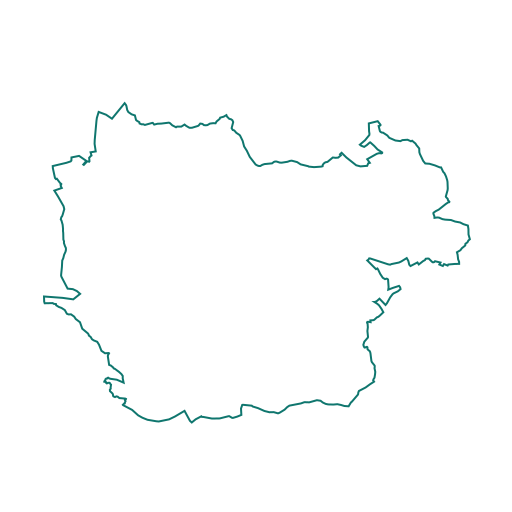 the district of Hoparta, Alba, Romania, rotated 176°
{"feature_id": "2599482B78204466133133", "entity_name": "Hoparta", "entity_type": "district", "adm_level": 2, "iso_a3": "ROU", "parent_name": "Romania", "parent_adm1": "Alba", "projection": "natural_earth1", "projection_center": [23.904, 46.328], "detail": "fine", "context": "isolated", "style": "outline", "palette": "teal", "viewbox_px": 512, "rotation_deg": 176, "n_neighbors": 0, "source": "geoboundaries", "source_scale": "gbopen_adm2", "svg_char_len": 6066}
<svg xmlns="http://www.w3.org/2000/svg" viewBox="0 0 512 512"><g transform="rotate(176 256 256)"><path d="M446.8,294.4L446.7,292.5L447.0,285.8L446.5,284.1L446.7,282.3L445.9,279.3L445.1,277.2L445.2,275.1L445.5,274.5L445.6,273.8L447.3,270.7L448.4,267.3L449.6,265.0L450.4,258.5L451.8,250.3L451.6,249.0L446.2,236.6L441.0,235.7L437.1,233.5L434.1,230.5L441.3,225.5L451.7,227.7L470.3,230.4L470.5,225.2L470.1,223.6L462.1,223.2L461.1,222.4L458.9,222.0L458.8,220.8L456.2,218.9L453.7,217.8L450.5,215.4L448.7,211.6L447.1,210.8L444.6,210.7L441.6,208.2L440.2,205.7L436.2,202.2L434.4,195.6L429.0,190.4L428.4,189.2L428.3,188.3L426.6,186.8L425.4,184.4L423.7,183.1L420.4,181.5L418.8,178.5L416.8,172.2L413.4,169.5L409.7,169.5L409.4,169.2L410.6,167.4L410.8,166.1L410.1,157.6L408.5,156.9L406.2,154.7L405.8,153.8L404.7,153.3L400.7,149.9L398.5,147.6L397.3,145.6L397.5,143.3L396.9,138.9L403.5,142.3L409.5,143.6L411.0,144.1L411.8,144.9L412.6,144.8L413.2,144.1L414.1,144.1L414.8,143.5L415.0,142.5L415.8,141.9L416.1,141.2L414.3,140.6L414.3,139.8L413.7,139.3L412.2,139.8L411.2,139.8L410.7,139.5L410.1,138.3L409.6,137.8L410.2,134.9L410.2,133.8L411.1,132.8L411.1,131.4L408.8,128.9L408.4,128.1L408.3,126.4L408.0,125.9L406.5,125.1L405.1,125.7L403.8,125.3L402.2,123.8L396.4,122.9L395.7,122.5L395.9,122.0L396.8,121.4L396.3,120.2L397.2,118.7L397.2,118.2L397.6,118.2L399.2,116.8L399.0,116.5L390.3,111.1L384.7,105.3L380.6,102.6L375.7,100.2L367.0,98.1L364.6,97.7L354.1,99.1L348.1,101.5L338.1,106.5L333.4,96.2L331.7,94.4L327.6,97.3L321.7,99.9L321.3,99.3L319.7,99.1L311.2,96.9L303.5,96.5L294.6,98.1L293.9,98.1L291.1,96.2L290.3,96.1L285.9,97.1L281.7,98.5L281.6,104.9L280.1,108.4L279.5,108.5L270.7,107.0L269.8,106.1L264.6,104.1L258.4,100.8L253.5,99.2L249.2,99.0L245.0,97.5L243.4,98.0L238.2,100.7L235.4,103.1L233.1,104.4L221.5,105.8L217.9,106.8L213.1,106.3L205.3,107.9L201.7,107.1L199.6,105.2L196.8,103.6L194.3,102.9L189.0,102.4L185.2,102.5L181.7,101.5L178.3,100.2L174.1,99.6L171.5,103.3L170.6,103.9L164.1,110.5L163.8,111.0L163.4,112.9L162.7,114.2L155.8,117.2L151.2,120.1L147.0,122.4L147.8,123.8L147.3,125.0L146.3,126.3L145.5,129.6L145.1,132.1L145.6,135.9L145.3,137.0L145.3,138.4L147.8,142.0L148.2,143.3L148.6,150.7L148.8,152.1L149.3,153.3L150.4,154.2L151.3,155.4L151.2,157.1L151.6,157.6L152.2,157.6L153.5,157.1L154.1,157.1L154.7,158.1L155.1,159.9L153.9,163.0L150.1,166.8L149.9,167.5L150.1,173.4L149.4,177.1L149.4,180.7L149.9,181.7L149.5,182.5L148.4,182.5L146.3,182.0L146.4,183.8L143.4,183.8L142.5,184.1L139.6,186.4L138.2,186.8L136.4,188.1L132.9,191.0L134.5,194.5L136.7,198.2L138.3,199.8L141.1,201.9L140.3,201.9L138.5,202.7L135.8,204.8L130.2,198.1L128.7,199.7L125.0,205.4L122.5,208.3L121.4,209.1L116.9,210.9L114.1,212.9L114.4,214.7L115.4,216.2L121.8,214.6L126.4,213.2L125.9,215.6L125.9,223.2L126.4,223.9L127.3,224.3L128.9,223.9L131.1,225.5L133.3,229.4L135.2,234.1L135.8,235.1L137.2,234.5L145.3,243.8L144.1,244.5L143.3,245.7L142.3,245.6L124.8,238.5L122.8,238.0L121.4,238.5L113.9,239.5L111.5,240.4L105.8,243.4L104.4,240.5L103.7,236.6L102.6,235.2L95.4,238.3L94.2,236.2L89.6,239.3L87.8,240.1L86.9,241.4L84.7,241.5L83.8,241.3L80.8,237.9L79.9,237.3L78.7,237.5L77.8,238.3L72.4,236.6L73.7,234.7L70.3,233.0L69.0,234.8L65.5,233.1L64.8,234.1L58.3,234.2L53.9,234.0L53.8,236.0L54.6,238.6L54.8,243.2L55.3,245.7L51.7,247.5L50.1,249.4L46.8,251.7L46.4,252.3L46.4,253.1L46.2,253.6L44.1,254.9L43.1,256.6L41.5,257.8L42.5,262.7L42.2,268.1L42.5,271.6L46.9,273.3L50.0,275.2L55.0,276.5L59.0,278.3L64.8,279.1L67.5,279.8L70.7,281.5L72.6,281.8L75.3,281.6L75.3,283.3L76.1,285.8L75.9,286.8L73.6,288.2L70.5,289.5L63.1,294.6L60.5,296.1L59.5,296.2L59.3,296.6L60.6,298.4L60.8,299.7L62.3,301.5L62.5,302.1L60.3,308.3L60.0,310.1L59.8,316.6L60.0,318.4L60.9,322.1L62.2,325.4L63.4,326.9L65.2,331.5L66.5,331.6L71.2,333.9L76.5,335.9L80.7,336.5L82.6,339.2L85.4,346.3L85.8,348.1L85.7,351.9L88.3,355.6L89.0,357.0L92.2,360.1L93.4,359.6L96.7,361.4L101.9,361.4L103.9,360.5L108.9,361.5L114.8,364.6L116.6,367.1L118.3,368.4L120.7,370.2L121.7,370.3L123.1,371.1L123.7,372.0L124.6,377.1L123.0,377.5L122.6,378.0L123.0,378.8L125.2,382.0L134.2,380.4L134.5,372.6L134.3,370.1L134.5,368.8L139.1,363.9L144.6,359.8L143.4,358.7L140.5,357.3L137.7,358.9L134.6,361.3L134.1,361.4L130.4,357.6L127.3,353.8L122.9,350.5L123.0,349.9L123.7,349.6L126.1,350.0L128.4,349.5L138.3,344.8L136.0,341.0L137.6,340.6L138.8,338.2L145.5,338.1L149.7,339.5L159.0,348.0L163.4,353.0L165.1,351.6L164.3,350.5L167.2,348.4L169.8,348.4L172.5,348.9L178.1,344.9L180.3,344.6L181.9,343.6L183.0,342.3L183.3,340.9L184.9,340.6L191.9,340.6L197.1,341.5L197.6,341.9L205.1,344.3L208.4,346.8L213.7,348.6L215.5,348.5L218.0,347.8L223.8,347.3L225.7,347.5L228.9,348.8L230.4,348.9L231.6,348.6L233.5,347.3L241.1,347.1L243.4,346.5L245.4,345.5L246.9,345.6L248.2,346.1L250.0,347.3L255.3,355.3L257.8,361.6L260.2,366.1L261.3,371.8L263.4,377.0L264.0,377.9L267.1,380.3L268.4,382.1L269.3,383.0L270.4,383.3L271.4,385.2L269.4,391.2L270.1,393.1L271.3,394.1L273.1,394.7L275.2,397.1L275.7,398.6L278.6,397.2L282.1,396.5L282.7,395.3L286.0,392.9L287.1,391.2L289.4,391.5L292.7,391.3L295.3,390.0L297.0,389.9L298.8,390.2L300.2,391.5L302.4,392.0L304.1,390.2L304.8,389.8L310.9,388.4L313.2,388.5L314.0,388.9L316.6,390.7L318.1,392.1L321.5,390.3L325.7,390.6L326.8,390.0L330.4,392.2L332.5,394.5L333.6,395.1L341.3,394.7L345.0,394.8L348.4,394.2L349.7,396.0L350.2,396.0L357.7,394.5L359.3,395.3L360.8,395.3L362.9,396.3L363.1,397.7L365.2,399.1L366.2,400.1L367.0,404.7L370.2,406.0L373.3,408.5L374.3,410.7L374.8,414.6L375.2,415.8L376.4,417.6L390.1,403.0L395.7,407.4L402.9,410.7L405.1,404.9L405.7,402.1L408.8,382.9L409.2,379.1L408.6,371.5L413.8,371.0L413.1,367.7L413.8,367.3L415.6,365.6L415.5,362.1L415.8,361.7L417.8,362.2L421.4,358.9L421.9,359.3L418.6,362.7L425.5,368.2L433.2,367.2L433.5,364.1L434.3,363.3L438.6,362.2L452.5,359.9L452.5,357.6L451.1,347.9L450.2,346.7L449.3,347.0L446.5,342.7L445.2,341.4L445.4,340.7L446.0,340.5L445.8,339.1L445.0,337.4L452.6,335.3L449.4,329.3L444.5,319.1L444.0,316.1L445.9,310.9L446.7,309.1L447.5,308.3L448.2,306.1L447.6,305.0L446.7,300.7L446.6,296.5L446.8,294.4Z" fill="none" stroke="#0f766e" stroke-width="2"/></g></svg>